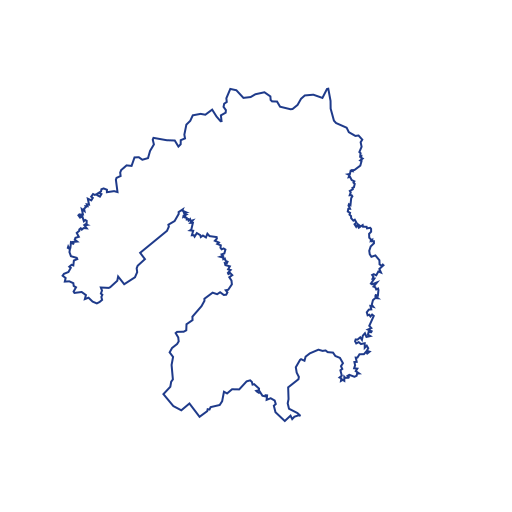 Dong Phu, Bình Phước, Vietnam (Albers equal-area conic projection), rotated 320°
{"feature_id": "81297802B41717626545623", "entity_name": "Dong Phu", "entity_type": "district", "adm_level": 2, "iso_a3": "VNM", "parent_name": "Vietnam", "parent_adm1": "Bình Phước", "projection": "albers", "projection_center": [106.951, 11.479], "detail": "fine", "context": "isolated", "style": "outline", "palette": "blue", "viewbox_px": 512, "rotation_deg": 320, "n_neighbors": 0, "source": "geoboundaries", "source_scale": "gbopen_adm2", "svg_char_len": 6150}
<svg xmlns="http://www.w3.org/2000/svg" viewBox="0 0 512 512"><g transform="rotate(320 256 256)"><path d="M343.7,111.5L334.7,116.1L332.6,119.2L329.5,118.9L327.0,120.9L326.7,124.9L324.9,126.7L319.5,125.7L316.3,130.5L315.5,130.0L315.4,123.8L316.5,115.7L308.0,115.2L304.9,111.5L298.0,107.6L292.5,110.2L287.1,110.6L279.1,117.0L277.2,120.3L272.8,118.9L270.1,122.0L266.9,122.3L268.0,115.3L262.0,109.9L253.4,99.6L251.7,100.5L249.5,104.9L242.4,107.4L236.2,111.6L230.8,109.2L229.7,105.0L226.3,102.4L218.6,107.0L215.1,103.4L208.0,103.5L205.6,104.8L203.7,107.7L199.4,106.5L197.7,107.5L191.0,118.0L189.0,115.1L182.8,111.3L184.4,109.4L182.7,106.3L180.5,105.5L178.8,106.9L176.1,106.5L177.4,109.2L174.6,110.2L173.5,107.5L174.7,106.5L171.8,105.6L171.0,103.8L167.9,104.6L168.3,106.6L165.6,107.5L164.0,104.0L161.1,109.3L159.6,107.6L158.9,109.6L157.4,108.2L157.0,109.2L154.7,109.3L153.5,111.4L152.7,108.1L150.1,113.0L148.2,111.4L147.6,112.7L147.3,110.6L146.1,110.7L145.9,113.5L148.4,114.1L146.5,118.7L148.3,118.6L148.9,120.2L147.1,122.3L145.9,122.1L146.7,123.7L144.3,122.3L144.1,126.0L141.9,123.8L139.5,123.8L139.6,122.1L137.7,122.1L137.0,123.1L133.5,123.1L132.6,127.4L129.4,126.0L127.7,127.0L128.3,130.0L124.4,127.3L124.0,129.9L123.0,126.6L119.2,130.3L117.9,129.3L118.2,128.1L117.1,128.8L117.9,131.1L115.6,133.1L114.1,137.2L117.5,142.2L117.1,143.5L113.6,142.4L110.0,145.8L109.1,144.2L106.1,144.2L106.5,146.0L102.0,147.7L97.4,146.2L95.2,146.8L96.0,150.5L93.1,152.7L96.7,155.4L98.6,159.4L97.1,161.8L98.0,164.3L93.4,166.0L93.2,167.6L99.3,171.5L100.6,176.6L97.2,179.0L100.9,180.3L101.5,185.9L103.6,190.0L106.6,190.7L109.9,190.7L111.2,188.0L113.4,186.9L113.0,185.1L115.8,183.5L116.9,180.4L122.7,185.8L124.3,186.2L133.8,185.8L137.2,183.1L136.9,192.9L149.6,194.5L154.6,192.0L156.7,188.7L159.1,187.4L168.9,187.0L169.3,179.1L204.0,179.5L208.1,177.5L209.0,175.7L216.1,176.9L223.8,174.1L225.0,172.6L229.8,173.2L228.7,173.8L230.5,177.5L228.7,176.3L228.4,177.1L229.4,179.4L226.5,178.5L225.5,179.3L227.7,179.8L226.4,180.8L227.4,182.2L226.4,183.5L227.8,184.2L227.2,185.5L229.2,185.4L228.4,187.1L230.4,188.0L227.1,188.5L229.0,190.0L223.4,194.2L222.0,194.0L224.1,196.3L220.2,198.9L221.7,200.0L221.4,201.7L225.4,200.4L226.7,204.2L225.9,206.0L228.5,206.2L229.6,209.6L233.1,207.7L233.2,210.9L238.0,216.2L237.2,217.5L234.3,217.9L236.2,221.8L234.1,221.9L235.9,225.2L234.1,226.8L234.0,228.8L236.0,229.4L236.7,231.4L233.4,233.7L230.8,232.7L230.8,234.6L228.1,233.6L229.8,236.0L228.9,237.4L230.5,237.8L229.6,240.3L230.5,242.1L229.0,242.8L227.6,241.4L226.7,243.3L229.3,247.1L226.1,248.3L227.5,250.4L223.6,250.9L223.3,252.1L225.3,252.6L225.5,255.4L221.9,255.1L221.4,259.1L219.3,262.2L213.0,264.0L210.8,262.8L210.7,265.5L208.3,266.5L206.3,265.2L205.2,260.7L201.7,260.3L199.2,256.2L189.0,255.6L187.7,257.2L182.0,259.4L168.3,261.6L166.2,264.3L158.9,263.6L154.8,268.1L151.9,267.5L146.8,263.4L144.9,263.4L144.1,268.4L141.9,271.7L139.0,272.7L132.6,272.5L127.9,274.3L127.6,280.0L121.3,285.2L113.0,297.1L110.2,297.8L106.3,301.1L96.3,302.3L96.2,317.8L99.6,326.2L110.2,326.2L109.4,342.9L118.9,343.5L120.5,342.3L121.7,343.7L124.1,342.6L132.4,346.8L136.7,345.5L144.2,339.4L145.5,342.7L152.0,342.7L157.4,347.4L168.2,346.0L171.6,347.5L171.9,349.8L170.7,352.3L172.2,353.0L173.1,359.5L172.0,360.7L169.5,359.5L169.6,360.6L170.3,362.7L171.7,362.6L171.1,367.2L172.9,369.5L173.8,368.8L174.9,369.9L171.7,373.0L175.8,374.4L177.4,378.7L176.0,382.1L173.4,382.2L170.5,388.2L172.0,400.9L179.8,400.5L178.9,404.2L182.1,403.8L186.2,405.4L187.3,407.0L186.8,403.0L183.1,394.2L185.6,389.2L188.9,386.6L196.2,377.3L209.3,377.7L211.1,376.2L212.2,371.5L215.0,366.8L223.0,363.9L224.2,364.0L225.8,367.4L229.3,365.0L234.7,365.2L243.6,367.9L246.0,371.5L248.6,373.1L249.1,375.7L252.9,379.5L252.5,383.6L254.8,388.0L253.7,394.0L250.3,395.0L249.5,398.0L247.2,397.8L244.8,402.8L241.9,402.8L242.7,404.6L240.8,406.3L242.8,406.6L243.4,408.4L246.0,405.3L246.1,406.8L248.6,408.7L249.4,408.4L249.1,406.7L251.1,407.0L253.8,411.8L256.1,412.4L257.8,411.1L259.5,412.3L258.4,408.3L261.2,407.4L259.0,405.1L261.7,403.4L263.2,400.5L265.1,401.8L267.1,397.9L268.4,399.0L272.1,397.8L275.6,400.6L278.5,400.1L278.5,402.2L281.5,402.3L279.9,399.9L282.7,398.8L283.2,395.9L280.3,396.2L283.2,392.7L279.8,390.9L279.3,388.0L276.6,387.4L277.1,385.0L278.7,384.0L280.0,385.3L283.6,385.3L283.3,388.3L286.6,385.7L289.8,385.2L288.6,389.0L292.1,390.8L291.2,388.2L293.4,386.6L295.2,388.4L296.2,388.0L294.4,384.3L298.0,385.3L297.9,382.3L307.7,377.6L307.3,375.5L304.8,375.9L305.0,373.8L303.4,373.2L304.7,370.3L308.0,369.6L310.0,371.0L311.5,367.9L313.2,370.3L313.3,367.8L317.2,365.0L320.4,364.9L322.3,366.8L321.7,363.4L322.6,362.9L323.9,364.7L327.9,360.8L328.6,359.4L326.6,358.9L327.3,356.6L326.4,355.0L331.7,354.0L326.7,352.3L326.3,351.0L332.1,349.4L330.7,348.3L332.5,347.5L332.8,345.2L334.5,345.6L335.7,348.1L339.8,346.5L341.1,349.0L342.2,345.2L347.7,345.0L347.6,344.1L346.0,344.4L345.3,341.8L347.8,338.6L347.8,332.3L343.9,330.8L344.3,327.7L346.1,324.8L350.0,322.4L354.5,322.1L355.8,320.5L354.4,319.4L355.5,318.3L353.7,318.1L354.7,317.2L354.5,314.8L356.9,311.7L359.8,311.4L361.6,309.2L361.6,307.8L358.8,306.2L359.5,304.7L356.8,302.4L357.6,300.9L352.9,300.4L353.2,299.1L354.9,299.2L354.4,297.0L351.5,298.0L351.9,295.0L354.4,294.9L355.0,291.7L353.3,291.5L353.2,288.2L354.5,286.5L354.2,284.4L355.8,283.4L354.9,280.9L357.0,279.2L358.4,280.3L359.3,276.8L360.5,276.1L361.0,277.8L366.1,272.9L368.2,272.2L368.3,270.9L366.8,269.7L369.4,268.2L369.7,266.5L373.0,267.1L373.7,265.8L375.2,266.3L378.0,264.2L377.8,262.5L379.3,262.0L378.1,259.3L378.9,255.9L377.6,255.2L379.6,254.1L378.9,252.5L380.7,253.5L383.2,251.6L384.5,253.1L384.8,252.0L386.6,253.4L394.0,253.8L397.9,251.1L397.3,249.8L400.3,249.9L399.7,248.3L400.9,247.2L399.8,246.7L402.2,244.5L402.0,242.8L407.1,240.2L409.3,236.1L412.2,235.2L412.0,229.6L409.3,227.9L406.7,220.8L407.9,216.0L402.8,205.6L402.7,202.4L407.9,191.1L412.8,185.1L418.9,174.3L417.7,173.7L408.5,177.6L403.6,169.3L396.6,164.4L391.6,164.5L384.9,167.0L378.5,166.9L376.8,165.8L370.4,157.1L371.4,151.2L367.7,147.9L367.5,145.9L369.6,143.0L367.7,136.0L359.5,131.7L354.1,130.8L348.0,126.8L347.5,116.4L343.7,111.5Z" fill="none" stroke="#1e3a8a" stroke-width="2"/></g></svg>